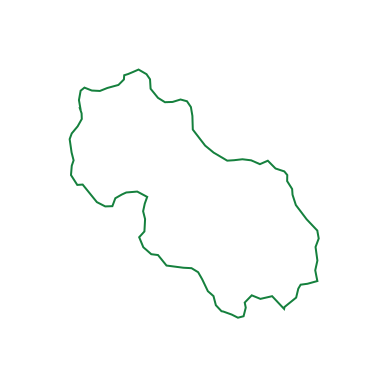 Tingsryd, Kronoberg, Sweden (Natural Earth projection), rotated 231°
{"feature_id": "70781695B44136897167596", "entity_name": "Tingsryd", "entity_type": "district", "adm_level": 2, "iso_a3": "SWE", "parent_name": "Sweden", "parent_adm1": "Kronoberg", "projection": "natural_earth1", "projection_center": [15.01, 56.562], "detail": "fine", "context": "isolated", "style": "outline", "palette": "green", "viewbox_px": 384, "rotation_deg": 231, "n_neighbors": 0, "source": "geoboundaries", "source_scale": "gbopen_adm2", "svg_char_len": 1386}
<svg xmlns="http://www.w3.org/2000/svg" viewBox="0 0 384 384"><g transform="rotate(231 192 192)"><path d="M82.3,264.6L83.1,265.1L98.6,263.9L116.5,264.5L126.6,268.4L131.3,271.7L140.6,272.8L145.2,276.7L149.9,276.7L157.7,271.7L168.6,270.6L170.9,262.3L179.4,257.9L185.7,251.8L190.3,244.6L194.2,239.1L209.0,233.6L219.8,231.4L240.0,231.9L250.9,240.2L258.7,244.6L265.7,245.2L271.1,241.3L274.2,233.6L278.8,227.5L286.6,224.8L298.3,224.8L306.0,230.3L312.2,230.8L320.8,227.5L322.3,222.0L323.9,216.5L325.4,212.8L322.3,209.9L321.5,202.2L326.1,191.7L328.5,184.0L333.9,178.0L340.8,174.1L340.8,169.2L334.6,162.0L326.9,157.7L327.3,157.4L322.6,155.7L318.1,152.3L315.0,144.5L313.2,135.4L310.1,130.2L298.5,123.3L291.1,119.9L288.1,115.1L281.3,108.6L269.7,107.3L266.6,111.7L254.4,111.7L249.2,111.7L244.0,111.7L235.4,115.5L231.1,121.2L235.4,128.5L234.2,135.9L233.0,140.6L226.8,149.7L216.4,154.1L212.7,148.0L207.8,141.9L200.5,138.5L195.6,134.1L191.3,130.2L190.1,122.5L179.7,119.4L169.3,121.2L164.4,125.9L150.9,125.9L138.6,137.6L133.1,143.7L125.8,146.3L117.8,145.0L104.9,141.9L97.6,143.2L89.0,139.3L80.8,139.9L79.4,141.1L71.8,145.7L65.4,148.6L63.0,153.9L68.3,161.0L72.9,163.4L74.1,173.4L65.9,177.9L60.6,188.7L43.2,190.0L44.4,191.5L44.4,206.5L50.0,213.8L51.6,218.1L48.0,224.0L43.9,233.4L47.4,235.2L53.6,238.5L59.8,246.3L71.5,253.4L76.1,261.2L82.3,264.6Z" fill="none" stroke="#15803d" stroke-width="2"/></g></svg>